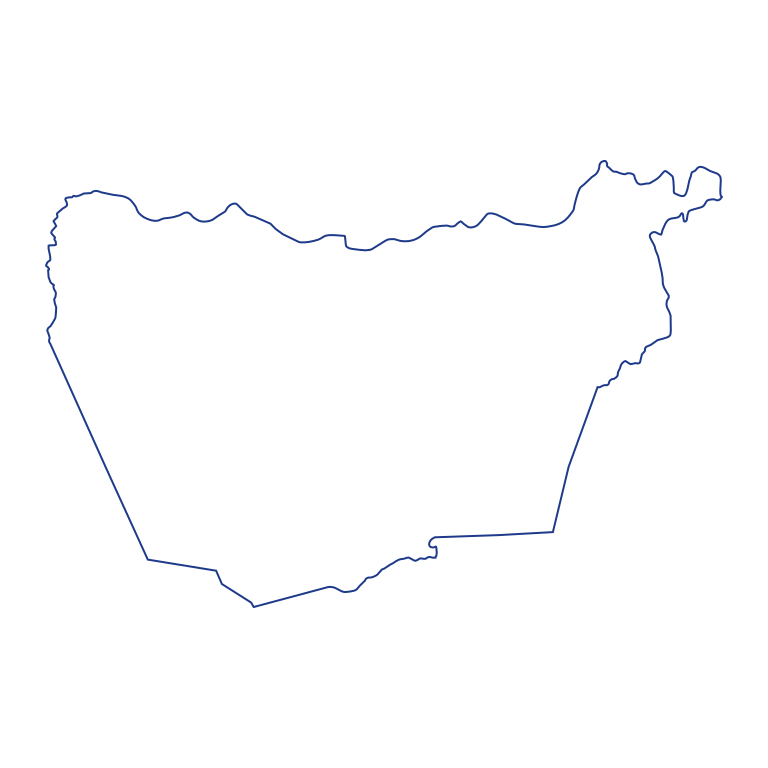 Talgua, Lempira, Honduras (Robinson projection)
{"feature_id": "27666195B88507723108763", "entity_name": "Talgua", "entity_type": "district", "adm_level": 2, "iso_a3": "HND", "parent_name": "Honduras", "parent_adm1": "Lempira", "projection": "robinson", "projection_center": [-88.718, 14.682], "detail": "fine", "context": "isolated", "style": "outline", "palette": "blue", "viewbox_px": 768, "rotation_deg": 0, "n_neighbors": 0, "source": "geoboundaries", "source_scale": "gbopen_adm2", "svg_char_len": 6030}
<svg xmlns="http://www.w3.org/2000/svg" viewBox="0 0 768 768"><path d="M112.9,194.8L101.9,192.5L97.4,191.0L95.2,190.9L92.8,191.6L91.2,192.9L90.6,193.1L83.8,193.5L80.5,195.1L77.2,196.2L75.8,196.4L74.6,196.0L73.9,195.9L73.2,196.1L72.4,197.0L71.8,197.3L69.0,197.3L66.1,198.0L65.5,198.6L65.4,199.4L65.7,200.5L66.5,201.9L66.8,203.0L67.1,204.7L66.9,205.5L65.6,206.8L62.6,208.6L57.4,213.1L56.9,214.0L57.4,215.8L57.3,217.4L55.5,219.0L53.6,221.1L53.8,221.8L54.8,223.3L56.2,226.1L52.1,230.7L51.5,231.8L51.2,232.7L51.7,233.6L55.0,237.5L55.0,237.8L54.5,238.5L54.4,239.1L54.6,239.8L55.7,241.5L56.0,244.4L55.6,244.9L54.6,245.2L49.1,245.4L48.6,245.7L48.6,248.8L50.0,255.5L50.3,258.1L50.3,259.4L50.1,260.2L49.8,260.6L48.3,261.5L47.4,262.4L46.6,264.0L46.1,265.3L46.3,266.1L47.8,267.1L49.0,268.9L49.0,269.5L48.3,269.9L48.1,270.3L48.6,277.1L50.5,282.3L52.3,284.0L53.5,284.7L53.9,285.1L53.8,285.5L53.4,286.1L53.6,287.8L54.2,289.6L55.5,291.7L55.9,293.4L55.5,296.4L55.1,297.7L54.3,298.9L54.2,299.6L54.8,303.1L56.2,307.4L56.0,311.8L55.5,317.4L54.9,318.9L52.6,323.0L50.5,326.1L48.2,328.1L47.7,329.1L47.3,330.1L47.5,331.3L48.6,334.1L49.6,337.4L49.6,338.3L49.0,340.4L49.3,342.1L50.5,344.2L106.4,468.8L147.8,559.6L216.1,570.7L221.9,584.0L251.2,602.6L253.7,607.0L328.3,587.0L330.5,586.9L333.5,587.3L335.8,588.2L341.7,591.3L344.2,592.0L346.0,592.0L349.5,591.6L352.7,591.0L355.3,590.3L357.2,588.9L359.7,585.8L365.0,580.6L365.7,579.1L366.4,578.4L368.3,577.6L370.7,577.5L371.9,577.3L374.1,576.5L376.2,575.4L377.5,574.5L381.8,569.6L384.4,568.5L389.8,564.9L393.2,563.1L396.0,561.2L398.7,559.8L400.1,559.3L404.5,558.6L406.7,557.8L408.5,557.6L409.3,557.8L414.0,560.4L415.4,560.8L417.3,560.1L419.8,558.5L420.9,558.4L423.8,558.8L425.1,558.8L426.1,558.5L427.4,557.5L429.2,557.0L430.2,557.0L432.6,557.7L435.5,557.7L435.6,556.8L436.3,555.9L436.4,555.3L436.8,552.1L436.5,550.6L436.5,548.5L436.0,546.8L435.5,546.6L434.7,547.1L432.8,547.5L431.0,547.1L430.2,546.7L429.7,546.1L429.3,545.3L429.1,544.2L429.4,542.4L430.8,540.1L432.2,538.8L434.8,537.3L498.8,535.1L552.9,532.1L568.6,466.9L597.6,387.1L599.7,387.3L602.3,385.9L603.7,385.4L605.0,385.1L606.6,385.2L607.5,385.0L608.7,383.9L609.3,381.5L610.4,380.1L611.8,379.2L614.1,378.8L616.5,377.1L617.6,375.6L617.9,372.9L618.6,370.9L619.9,368.4L620.9,365.2L622.0,363.4L623.5,362.0L624.7,361.3L625.6,361.1L629.6,363.7L630.7,364.1L632.6,363.8L635.5,363.1L637.8,363.5L639.5,363.0L639.9,362.6L640.2,361.6L641.9,354.3L644.7,351.3L644.9,350.7L645.0,348.7L645.9,347.0L650.9,344.8L657.6,340.1L662.9,338.7L667.7,337.2L669.4,336.1L670.3,334.8L670.6,333.4L670.8,330.9L670.6,315.7L669.4,312.2L667.2,307.7L666.7,306.1L666.5,304.1L666.8,301.3L667.2,300.2L668.5,298.1L668.8,296.7L668.8,295.8L664.3,288.0L663.4,285.8L662.8,283.2L662.6,278.2L661.7,272.5L658.1,256.4L655.4,249.7L654.8,246.9L654.2,245.3L650.2,237.8L649.8,236.1L650.0,234.8L650.6,233.9L651.6,233.0L652.8,232.3L653.8,232.1L655.5,232.2L659.2,234.1L661.0,234.6L661.5,234.0L662.5,230.1L665.3,223.8L667.1,221.0L668.9,219.4L671.4,218.5L676.6,217.7L678.3,217.1L679.7,216.1L681.0,214.0L681.7,213.3L682.1,213.3L682.6,213.7L683.0,214.6L683.4,218.4L683.9,221.0L684.5,221.5L685.5,221.4L686.3,220.8L686.8,219.7L687.6,214.6L688.6,211.7L689.2,211.0L691.4,210.0L701.4,207.2L702.5,206.7L704.1,205.3L706.7,201.1L707.4,200.4L710.1,199.6L713.1,199.3L714.3,199.4L717.0,200.3L718.5,200.2L720.2,199.2L721.9,196.9L720.8,195.8L720.4,193.7L720.3,190.0L720.8,180.7L720.6,177.8L719.9,176.1L718.6,174.6L717.0,173.5L710.1,171.0L705.0,168.1L702.7,167.2L700.3,166.8L698.7,167.2L697.5,168.0L696.0,169.8L694.9,170.8L693.9,171.4L692.3,172.0L691.9,172.4L691.4,173.6L690.7,176.6L689.3,180.6L687.4,189.4L686.2,192.9L685.4,194.5L684.5,195.5L683.7,196.0L682.3,196.1L680.5,195.8L678.0,194.9L675.6,193.8L674.1,192.9L673.8,191.6L673.8,187.5L673.4,180.9L672.8,177.1L672.3,176.2L670.5,174.6L667.8,172.4L666.1,171.3L665.2,171.0L664.4,171.3L662.7,173.0L659.6,176.6L657.6,178.4L655.4,179.9L650.2,183.0L649.1,183.4L646.0,183.6L641.9,184.4L640.0,184.4L638.2,183.6L636.8,182.3L635.1,178.8L634.2,175.6L633.7,174.9L633.1,174.3L631.1,173.5L628.8,173.2L627.3,173.3L625.3,174.2L623.6,174.1L620.3,173.3L616.3,171.7L614.0,171.7L613.4,171.5L611.7,170.3L609.0,167.6L607.3,166.4L607.0,165.7L607.1,163.7L606.1,161.6L605.2,161.0L603.8,161.0L601.6,161.9L600.8,162.6L600.0,163.7L599.4,165.1L599.3,167.3L598.8,169.3L597.6,171.9L596.4,173.6L595.1,174.8L591.8,177.1L584.1,184.4L581.1,186.8L579.8,188.3L578.2,192.0L576.5,197.4L574.7,204.2L573.7,209.4L573.3,210.4L571.2,213.4L567.9,217.5L565.0,220.3L562.1,222.3L558.4,224.1L554.7,225.3L551.9,225.9L548.1,226.6L543.5,227.1L538.2,226.6L523.7,224.4L516.2,223.9L514.7,223.6L512.9,222.8L505.1,218.6L496.4,214.5L492.2,213.4L489.2,213.4L487.9,213.7L486.7,214.6L481.5,220.9L477.9,224.8L475.8,226.2L473.4,227.1L470.4,227.5L468.1,227.0L464.0,224.1L461.6,221.9L460.7,221.4L459.1,222.2L457.4,223.5L455.1,225.7L453.4,226.4L450.5,226.5L447.7,225.7L446.5,225.6L441.3,225.9L433.7,226.9L432.2,227.5L426.8,231.1L421.6,235.5L419.2,237.3L416.4,238.8L413.3,240.1L408.8,241.1L404.2,241.3L400.4,240.9L394.6,239.2L391.7,239.1L388.6,239.4L387.0,239.9L384.8,241.1L371.7,249.3L369.2,250.0L365.2,250.3L359.1,249.8L352.2,248.9L349.3,248.3L347.3,247.2L346.4,246.4L345.9,245.3L345.0,236.5L344.6,235.9L335.4,235.2L330.5,235.1L327.8,235.3L326.2,235.6L324.3,236.3L320.3,238.7L318.1,239.7L313.5,241.0L308.9,241.9L305.3,242.3L301.0,242.4L298.9,242.0L283.0,234.3L275.7,229.0L270.5,223.7L254.5,216.7L250.4,215.7L247.1,214.4L237.0,204.3L235.7,203.6L233.2,203.7L230.6,204.8L229.2,205.9L227.8,207.3L226.8,208.7L225.7,210.8L224.6,211.9L218.7,215.5L212.6,219.7L210.5,220.6L208.7,221.1L206.2,221.5L203.4,221.6L201.4,221.4L199.2,220.8L196.6,219.5L193.5,217.4L192.4,216.3L190.7,214.3L189.5,213.4L188.1,212.7L186.4,212.5L184.2,212.9L179.6,215.3L174.2,216.9L170.9,217.6L163.9,218.4L162.2,218.9L158.2,220.6L156.5,220.8L154.5,220.8L151.0,220.2L147.3,218.9L143.8,217.2L141.1,215.2L139.3,213.5L138.0,211.9L137.3,210.5L135.8,206.9L133.9,204.0L130.6,200.1L128.2,198.3L124.8,196.8L121.4,195.9L112.9,194.8Z" fill="none" stroke="#1e3a8a" stroke-width="2"/></svg>